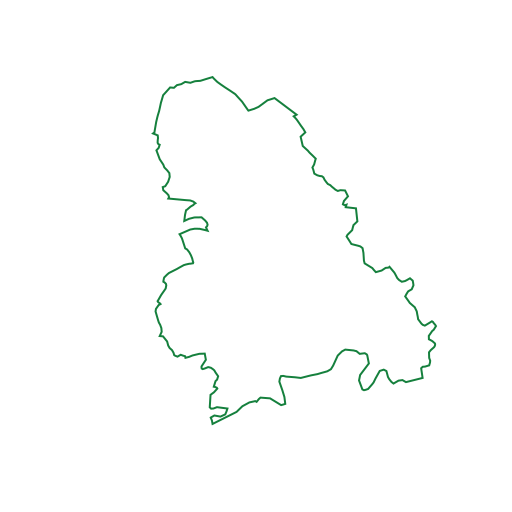 the district of Sinbillawin, Ad Daqahliyah, Egypt, rotated 240°
{"feature_id": "37247803B43017025732324", "entity_name": "Sinbillawin", "entity_type": "district", "adm_level": 2, "iso_a3": "EGY", "parent_name": "Egypt", "parent_adm1": "Ad Daqahliyah", "projection": "natural_earth1", "projection_center": [31.475, 30.883], "detail": "fine", "context": "isolated", "style": "outline", "palette": "green", "viewbox_px": 512, "rotation_deg": 240, "n_neighbors": 0, "source": "geoboundaries", "source_scale": "gbopen_adm2", "svg_char_len": 5210}
<svg xmlns="http://www.w3.org/2000/svg" viewBox="0 0 512 512"><g transform="rotate(240 256 256)"><path d="M67.1,339.3L76.2,342.9L76.7,345.0L75.7,347.1L75.2,349.2L74.7,351.3L76.7,353.4L78.2,354.5L81.1,355.0L84.1,356.6L86.1,357.7L87.1,360.3L87.5,362.2L88.0,364.6L88.5,365.6L89.5,366.7L90.5,367.2L91.0,367.2L92.5,366.7L94.0,366.2L95.9,365.1L97.4,364.1L100.4,365.7L102.9,371.0L103.3,373.1L105.3,376.8L106.8,376.8L109.3,376.3L110.3,376.3L111.5,375.7L111.4,373.2L111.3,368.4L111.3,367.4L113.0,366.0L114.2,365.6L115.0,365.4L117.7,365.1L120.2,364.8L121.7,365.4L122.5,365.7L124.6,366.4L127.6,367.5L128.6,367.6L131.5,367.8L132.1,367.9L138.5,365.7L140.2,365.6L146.4,365.0L148.0,367.6L149.3,370.1L149.3,371.9L149.3,374.2L151.9,377.7L152.3,377.9L154.3,378.7L156.3,379.4L158.8,378.5L159.7,378.2L159.7,376.2L159.7,374.5L159.8,372.5L160.8,369.4L163.3,368.1L163.7,367.9L166.2,367.3L170.7,367.5L172.5,367.5L179.9,366.2L179.7,365.4L179.8,364.7L180.9,362.3L180.6,357.5L182.1,351.7L184.9,351.1L187.4,350.7L195.3,346.4L196.7,346.8L197.9,347.1L205.0,350.6L209.5,352.2L211.8,351.3L212.3,351.0L213.9,349.5L216.9,346.4L218.7,344.6L221.7,344.5L226.0,344.3L227.6,344.2L228.6,345.8L230.3,352.2L232.8,354.6L233.2,355.1L234.0,355.8L235.3,361.1L247.3,366.4L253.4,358.1L254.4,359.1L255.2,360.0L255.6,358.2L257.3,357.1L257.8,357.6L259.7,359.7L261.7,365.5L268.2,365.9L269.1,364.6L270.8,362.0L271.2,360.4L271.4,359.4L272.8,358.5L273.8,357.9L275.6,357.3L276.1,357.1L278.5,356.2L279.7,355.9L280.1,355.8L280.7,355.4L282.5,354.2L285.0,353.8L287.0,353.6L287.8,353.5L289.0,353.6L290.4,353.7L292.2,352.9L292.6,352.3L293.5,351.1L295.3,349.4L296.3,348.8L298.2,347.7L301.5,348.6L302.3,348.8L304.4,349.1L306.2,352.1L306.7,352.6L309.0,354.9L310.4,356.4L311.8,356.0L314.8,355.2L317.8,354.3L318.9,354.0L321.2,353.6L327.9,351.5L337.0,354.3L338.4,360.5L341.3,360.5L341.9,360.5L342.4,360.5L344.0,360.3L345.3,360.2L345.8,360.1L352.3,359.6L354.2,359.4L356.2,359.0L358.1,358.5L358.1,361.8L383.5,351.0L384.3,347.3L385.1,343.8L383.9,333.0L383.9,332.5L384.3,328.7L384.3,328.3L385.7,322.1L386.3,322.0L390.7,321.6L396.7,321.1L402.5,319.8L406.4,319.0L412.2,316.2L417.5,313.5L421.5,311.6L421.9,311.4L425.7,309.7L426.5,309.4L430.8,308.2L432.7,307.8L434.3,300.9L435.3,296.4L435.6,295.2L437.1,292.2L437.7,290.9L438.0,290.0L438.8,285.8L442.2,281.7L442.2,277.2L443.5,273.0L442.7,269.0L444.9,265.9L443.5,261.6L441.7,256.0L437.0,251.1L436.6,250.6L432.4,246.8L430.0,244.6L428.5,243.0L426.9,241.3L425.5,239.9L422.0,236.6L413.7,229.7L413.7,228.7L413.6,228.1L409.6,231.2L407.1,230.1L405.7,229.0L404.2,228.0L403.2,227.4L401.7,227.4L400.5,228.2L398.3,225.8L397.3,222.6L387.9,221.0L381.5,221.4L378.5,220.9L374.6,221.9L371.1,222.4L367.6,220.8L364.2,217.0L361.8,212.3L362.3,209.7L359.3,208.6L354.8,210.1L352.4,210.6L350.4,210.1L349.6,208.8L339.5,223.1L337.0,226.8L334.5,228.9L332.0,229.9L332.0,228.8L331.5,227.2L331.5,224.1L331.1,222.0L330.6,219.3L330.6,218.3L327.1,215.1L322.2,211.4L321.7,216.6L320.2,221.9L316.7,228.2L312.2,229.7L309.3,230.2L307.3,229.7L306.3,228.6L305.8,227.0L302.1,226.7L302.9,225.9L303.9,224.9L307.8,220.7L310.3,216.5L311.8,212.3L313.1,200.7L311.4,200.8L308.4,200.7L305.9,200.2L298.0,198.5L296.1,199.6L292.6,200.1L289.1,200.0L285.7,199.5L283.7,198.9L281.7,198.4L281.2,197.8L282.2,195.2L282.7,194.2L283.7,191.0L284.2,188.9L284.3,183.7L284.3,181.0L284.8,172.1L284.6,171.0L284.3,169.5L283.3,165.8L282.8,165.2L280.4,163.1L280.0,162.9L278.9,163.6L276.9,164.1L275.4,163.6L273.0,161.5L272.0,159.4L270.0,155.1L269.5,154.1L266.8,149.5L266.1,148.2L265.1,148.2L263.6,148.8L262.6,149.3L262.1,149.3L262.2,147.2L261.2,145.0L260.2,142.9L258.2,141.3L253.8,140.2L249.3,139.1L246.9,138.6L244.4,138.6L240.9,138.0L237.5,136.4L234.8,132.6L232.9,135.3L226.4,136.3L222.4,135.2L219.5,135.2L216.5,136.2L213.5,136.2L211.1,135.6L210.1,136.1L208.1,137.7L208.1,141.4L206.3,142.9L204.6,144.5L203.1,144.0L202.6,145.8L202.1,147.6L201.6,151.3L199.6,158.1L197.6,161.8L197.1,162.8L191.2,160.7L187.7,153.8L187.2,153.3L185.7,152.7L184.7,153.3L184.2,155.4L183.7,159.0L183.1,159.7L181.7,161.1L179.3,162.2L177.8,162.7L175.3,162.7L170.8,163.1L169.7,161.9L168.4,160.5L167.9,158.4L163.9,154.1L162.9,155.2L161.5,156.2L160.5,156.2L160.0,154.6L159.0,151.5L158.5,147.2L148.7,140.7L148.1,140.3L146.2,140.8L145.2,142.9L144.6,146.6L138.2,155.0L136.2,152.8L134.2,150.2L134.7,144.9L138.7,140.2L138.7,136.0L138.2,135.9L137.1,135.8L135.3,135.5L132.3,134.4L132.0,139.3L130.7,161.2L132.7,169.1L132.5,177.1L131.2,181.2L130.7,182.8L129.4,183.6L130.7,187.0L131.1,189.1L130.2,190.4L125.7,197.0L114.3,203.2L113.8,205.1L113.3,207.4L119.7,210.1L126.6,211.7L135.5,213.4L137.2,214.8L138.0,215.5L139.5,217.6L138.5,219.7L136.5,221.8L135.4,223.4L131.5,229.1L128.0,233.8L125.6,242.3L125.0,244.3L123.0,250.1L122.0,254.3L121.2,257.3L120.5,260.1L120.5,263.5L120.5,264.3L122.5,268.0L128.9,277.0L130.4,282.8L130.3,286.5L125.4,293.3L124.0,294.7L123.4,295.4L119.4,296.9L118.7,298.6L117.4,301.6L115.4,302.7L114.4,302.7L106.5,300.0L100.9,286.7L96.7,283.0L90.1,281.9L87.3,281.4L85.8,282.4L85.3,284.0L84.8,286.6L86.8,292.4L87.7,294.6L90.2,298.3L94.6,305.7L93.7,309.8L91.2,311.4L90.0,311.1L85.2,309.8L82.7,309.8L79.3,310.3L76.8,311.3L76.8,312.3L76.8,317.1L75.3,320.8L71.8,322.8L67.1,339.3Z" fill="none" stroke="#15803d" stroke-width="2"/></g></svg>